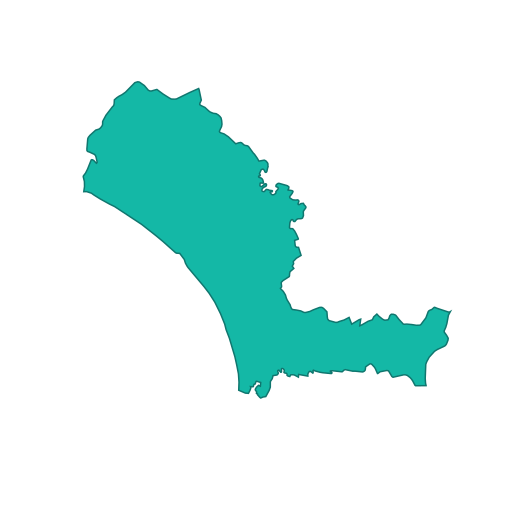 Dien Chau, Nghệ An, Vietnam, rotated 137°
{"feature_id": "81297802B64936965881183", "entity_name": "Dien Chau", "entity_type": "district", "adm_level": 2, "iso_a3": "VNM", "parent_name": "Vietnam", "parent_adm1": "Nghệ An", "projection": "mercator", "projection_center": [105.563, 19.021], "detail": "fine", "context": "isolated", "style": "filled", "palette": "teal", "viewbox_px": 512, "rotation_deg": 137, "n_neighbors": 0, "source": "geoboundaries", "source_scale": "gbopen_adm2", "svg_char_len": 6108}
<svg xmlns="http://www.w3.org/2000/svg" viewBox="0 0 512 512"><g transform="rotate(137 256 256)"><path d="M360.2,169.6L357.3,163.0L355.2,160.7L352.1,161.8L350.3,162.7L349.5,163.3L349.1,164.3L347.4,162.4L346.9,162.4L345.3,163.4L344.9,163.5L344.2,163.0L343.6,163.1L341.6,164.2L341.0,164.0L338.8,160.3L341.6,157.8L342.4,159.7L345.1,159.7L346.6,159.3L347.4,159.0L347.9,158.4L348.2,156.2L348.8,155.6L349.3,155.4L349.4,155.0L348.9,154.2L349.5,153.4L349.6,150.0L349.4,148.9L347.1,148.1L344.7,146.5L338.1,148.7L335.0,150.3L331.4,154.1L330.7,154.5L327.8,155.2L325.1,156.9L322.0,154.8L321.3,154.6L319.8,154.9L319.3,155.6L318.8,156.9L318.3,157.3L317.7,157.3L317.1,156.9L317.2,154.7L317.2,154.1L316.8,153.8L316.3,153.9L314.4,156.1L313.8,156.1L313.4,155.7L313.0,155.0L313.0,153.7L313.3,153.1L315.0,151.7L314.8,150.9L313.7,149.4L313.9,148.3L314.7,147.5L314.5,146.4L313.5,144.8L311.6,145.4L310.0,144.0L309.1,142.8L307.6,138.5L305.6,140.3L300.0,132.8L298.4,134.5L296.0,135.2L295.1,134.8L294.7,133.8L294.3,131.6L293.9,131.6L292.3,133.4L291.8,133.3L291.1,131.5L288.4,127.2L286.8,125.1L281.5,119.1L281.0,118.6L280.4,118.6L280.1,118.8L280.0,119.1L280.4,120.8L280.0,121.2L279.7,121.1L278.3,119.9L272.4,113.0L271.8,112.5L269.2,112.5L268.2,112.0L263.9,105.9L262.0,104.1L257.3,98.7L256.8,98.3L255.2,97.9L254.2,98.0L253.4,98.5L251.4,100.2L246.5,99.5L245.8,99.1L245.2,98.0L245.2,94.3L245.5,92.4L247.3,87.2L247.1,87.0L244.2,86.7L238.6,83.2L237.5,81.9L237.5,81.2L238.8,75.3L238.5,73.9L228.9,68.3L227.7,67.1L226.8,65.5L226.2,62.0L226.3,59.7L226.6,57.7L227.9,53.0L227.7,52.2L220.0,45.2L218.7,47.4L215.7,51.1L205.8,60.9L204.4,61.7L202.8,62.4L198.3,63.9L190.9,64.5L189.4,64.4L187.0,63.9L179.4,61.5L178.4,61.4L176.8,61.7L173.0,63.5L171.5,64.8L170.7,68.0L170.2,72.0L169.8,72.5L169.4,72.9L165.9,74.4L162.5,76.4L155.6,81.5L151.8,82.8L152.7,83.0L153.5,83.8L159.2,94.2L160.3,96.6L160.8,96.9L163.9,97.0L165.9,97.8L167.1,98.0L167.9,97.9L173.9,94.9L182.4,93.4L183.5,93.8L186.0,96.0L188.8,99.6L192.1,103.3L193.9,104.8L194.4,105.3L194.7,105.8L194.7,112.1L194.2,117.2L194.4,118.0L195.3,119.7L196.6,121.0L197.3,121.2L199.0,121.0L201.1,119.8L203.0,119.3L205.6,121.2L206.5,123.3L207.2,128.3L207.2,131.1L211.4,131.2L213.3,130.4L214.7,130.1L218.5,131.8L225.4,133.4L227.7,134.2L222.5,138.4L224.1,139.1L232.5,140.9L229.8,147.6L235.2,149.1L239.5,151.2L241.9,152.1L243.1,153.2L246.6,158.9L246.7,160.8L245.5,162.7L242.2,166.8L242.3,171.7L242.9,173.6L244.5,175.0L250.9,177.6L254.4,178.7L258.2,180.8L259.4,182.0L260.7,185.3L263.2,188.8L265.8,192.0L265.9,192.9L265.5,194.7L264.3,197.1L263.2,202.6L262.5,204.6L261.1,207.3L260.9,208.1L260.2,211.5L260.3,215.6L260.0,215.8L258.5,215.9L257.9,216.4L255.8,219.3L255.2,219.5L253.1,219.6L245.7,218.3L245.0,218.7L243.7,220.0L241.9,221.3L236.8,221.1L236.4,223.8L233.7,224.7L232.8,226.2L232.4,226.6L227.9,226.8L222.6,225.7L219.0,233.3L220.4,234.8L220.5,236.0L220.3,236.8L217.1,241.1L213.8,239.5L213.4,239.6L213.2,239.9L211.7,244.2L210.7,247.9L210.5,250.8L210.8,251.3L212.1,252.5L212.3,253.6L212.1,254.0L208.6,257.2L206.8,258.1L205.4,258.3L204.8,258.1L204.4,257.4L204.9,255.9L204.7,255.3L204.0,254.7L201.7,255.0L200.4,254.8L199.7,254.4L197.5,252.5L196.6,252.1L195.9,252.1L193.7,253.2L191.5,255.8L190.9,256.3L190.1,256.6L186.9,257.2L186.2,257.6L185.9,258.2L185.8,259.3L185.9,260.4L185.4,262.2L187.2,263.6L189.6,264.2L189.9,264.9L189.8,265.4L187.3,266.8L187.0,267.5L187.0,268.1L187.4,268.8L188.7,269.7L190.6,271.8L191.0,272.7L191.6,275.5L191.0,276.4L187.0,277.1L185.1,277.8L184.8,278.3L185.1,279.3L186.3,280.9L187.6,282.3L187.4,282.6L186.2,283.0L185.4,283.5L184.8,284.3L185.1,285.9L185.6,286.9L189.5,293.3L190.1,293.9L190.6,294.1L192.2,294.3L192.8,294.2L193.6,293.7L194.0,293.2L193.9,292.6L193.2,291.5L193.3,290.8L193.6,290.3L194.2,290.0L195.1,289.8L197.5,289.6L198.4,288.6L198.9,288.4L200.9,288.6L201.7,289.1L202.4,289.8L202.6,290.6L202.4,292.8L202.0,293.1L201.7,293.1L200.5,292.0L200.0,292.1L199.6,292.4L199.6,292.8L201.4,295.0L202.0,296.4L203.0,297.6L203.4,297.7L205.4,297.5L206.2,297.6L206.8,298.2L207.2,299.0L207.2,299.7L206.8,300.2L206.0,300.7L205.0,301.0L203.4,300.9L201.2,300.2L200.3,300.5L199.7,300.9L199.4,301.7L199.8,302.4L200.2,302.7L204.4,302.9L204.9,303.3L205.2,304.2L205.2,304.7L204.8,305.2L203.3,306.4L202.9,306.3L201.1,304.4L200.7,304.4L200.2,305.0L199.1,307.1L198.9,308.4L199.0,309.4L200.1,311.3L200.2,311.9L199.9,312.4L199.5,312.6L198.3,311.9L197.9,312.0L197.6,312.4L197.4,313.8L193.2,315.6L191.7,314.9L191.5,314.3L191.5,312.7L192.0,311.8L192.1,311.2L192.0,310.7L191.5,310.3L190.9,310.3L190.3,310.5L187.1,312.7L186.3,313.0L185.4,314.3L184.5,315.1L184.0,316.4L183.9,318.6L184.3,319.9L184.6,320.5L189.0,323.3L189.1,323.6L188.4,326.6L187.7,331.5L187.8,333.1L186.8,341.1L186.9,341.8L187.3,342.7L188.6,344.4L189.0,345.3L189.3,348.5L189.8,349.5L191.7,350.7L194.3,351.9L194.9,362.0L196.1,367.1L197.7,370.0L198.1,371.3L197.8,372.1L196.4,372.8L193.0,374.1L191.0,375.6L188.8,378.4L187.4,380.8L187.2,382.7L187.4,385.0L188.1,387.3L190.0,389.6L191.3,392.5L191.7,394.7L192.0,399.5L193.6,403.5L193.9,405.1L193.2,405.8L189.7,407.3L184.2,416.4L183.7,417.6L193.0,420.8L207.1,425.1L208.4,426.1L210.8,428.4L211.6,430.6L213.5,437.8L214.9,445.4L220.1,448.1L221.1,449.2L221.7,450.7L221.4,456.7L222.6,462.6L223.6,464.0L224.9,464.7L226.4,465.4L239.7,464.8L244.1,465.4L247.3,466.3L249.9,466.7L253.1,466.8L255.8,464.2L257.4,463.1L259.5,463.0L269.7,461.3L275.6,459.3L276.6,458.8L278.1,457.2L279.3,456.3L282.2,455.7L284.3,455.9L287.4,457.4L295.1,457.5L297.8,457.1L299.2,456.4L306.5,449.8L307.8,448.3L307.8,447.2L306.8,445.3L304.8,440.3L305.0,438.6L305.6,437.3L307.9,433.4L308.4,432.8L309.4,432.6L309.5,433.0L309.5,436.4L309.9,437.8L310.5,438.5L311.1,438.6L320.0,434.4L324.1,432.9L327.6,432.3L328.3,431.8L330.7,427.5L334.0,423.8L338.1,420.5L335.9,418.5L333.5,414.1L333.0,411.4L331.0,403.9L327.7,393.8L325.7,388.6L318.1,357.2L315.2,338.5L314.2,330.6L312.6,313.3L312.2,312.3L310.0,309.9L310.8,302.4L312.5,298.8L313.4,295.2L313.6,293.5L314.9,268.9L315.7,260.6L317.6,250.3L321.3,238.0L325.3,227.6L328.1,222.5L331.6,213.9L340.1,196.8L344.4,189.5L349.2,181.8L354.5,175.3L360.2,169.6Z" fill="#14b8a6" stroke="#0f766e" stroke-width="1.5"/></g></svg>